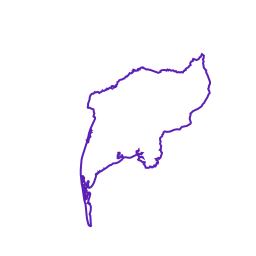 Chame, Panama (orthographic projection), rotated 124°
{"feature_id": "35544464B5601098588879", "entity_name": "Chame", "entity_type": "district", "adm_level": 2, "iso_a3": "PAN", "parent_name": "Panama", "parent_adm1": "", "projection": "orthographic", "projection_center": [-79.873, 8.613], "detail": "fine", "context": "isolated", "style": "outline", "palette": "violet", "viewbox_px": 256, "rotation_deg": 124, "n_neighbors": 0, "source": "geoboundaries", "source_scale": "gbopen_adm2", "svg_char_len": 5941}
<svg xmlns="http://www.w3.org/2000/svg" viewBox="0 0 256 256"><g transform="rotate(124 128 128)"><path d="M25.4,108.0L28.4,107.5L29.3,108.1L31.0,107.9L32.5,108.6L33.3,109.2L34.2,112.6L34.6,112.6L35.3,111.8L35.7,111.7L36.5,111.8L36.7,112.3L37.4,112.7L39.5,112.7L40.5,111.8L40.7,111.3L42.9,112.0L43.7,111.8L46.3,113.1L47.1,113.1L47.7,112.6L48.5,113.4L49.4,113.3L49.7,113.6L50.7,113.8L51.3,113.6L51.8,115.1L52.9,115.9L53.4,117.5L54.0,117.8L54.5,118.7L54.5,119.4L54.0,120.1L55.1,121.3L54.9,122.8L56.4,124.3L56.4,126.1L56.9,126.6L57.7,126.8L57.4,127.4L57.5,128.1L59.0,128.3L59.1,129.4L60.1,131.1L61.6,132.6L62.7,133.0L63.3,132.4L65.3,133.7L67.5,142.4L67.9,142.9L68.3,144.5L69.2,145.4L69.4,147.6L69.6,147.8L69.4,149.5L70.0,149.6L70.5,150.9L71.3,151.0L72.0,151.4L72.6,151.1L72.7,151.5L73.6,151.6L73.7,151.9L73.1,152.3L73.4,152.7L74.3,152.6L74.9,152.1L76.5,153.9L76.5,154.3L76.2,154.8L76.6,156.0L77.5,155.4L77.8,156.0L78.2,156.1L78.6,155.2L79.7,155.3L81.1,156.1L81.6,157.3L84.4,157.2L85.0,157.8L85.9,157.6L86.8,158.7L87.6,158.5L89.2,158.9L89.9,159.6L90.8,159.8L91.5,160.6L93.1,161.8L94.8,161.9L95.7,162.4L97.7,161.5L98.5,161.5L99.0,161.9L100.0,162.0L100.1,161.1L101.1,161.3L101.9,162.2L102.5,162.4L101.5,162.8L101.9,163.3L101.6,164.0L102.4,164.9L103.6,164.7L104.3,164.1L104.5,165.1L105.0,165.7L106.8,166.2L107.2,167.6L107.6,167.6L108.1,167.1L108.9,167.8L110.4,168.4L111.2,169.6L111.2,170.1L111.9,170.0L113.2,170.4L114.2,171.2L115.1,171.4L114.9,173.2L116.7,174.8L116.7,175.6L118.8,175.8L119.1,176.4L119.9,177.1L122.0,177.4L124.3,176.7L125.8,175.8L130.5,174.6L131.4,173.8L133.5,172.9L133.6,172.3L132.6,171.0L132.5,169.3L131.9,167.5L132.0,166.8L134.2,165.0L134.6,164.1L137.6,163.2L137.9,162.8L137.6,161.4L138.6,160.5L149.4,158.7L154.4,157.3L157.2,156.1L161.2,155.0L161.6,153.9L161.0,154.5L158.8,155.2L156.9,155.3L154.0,157.0L152.1,157.2L151.0,157.7L150.7,157.6L150.7,157.2L151.0,157.5L151.8,157.2L150.7,157.0L150.8,156.9L152.9,156.9L153.3,156.7L153.0,156.2L153.6,156.4L154.5,156.3L156.2,154.3L158.9,154.7L159.5,153.9L160.8,153.9L161.4,153.2L161.9,153.0L162.5,153.2L162.6,153.6L161.8,154.0L161.8,154.8L162.5,154.2L177.0,150.0L180.4,148.7L188.6,144.1L192.7,141.4L200.5,134.9L201.9,133.3L212.2,123.9L215.4,120.2L225.9,111.5L230.0,107.0L230.5,106.1L230.6,105.3L230.2,104.0L229.6,104.0L228.6,105.2L227.9,105.5L223.3,109.0L221.5,110.5L221.0,111.6L217.6,112.6L214.2,114.6L213.1,116.0L212.6,117.0L212.8,117.9L212.7,119.3L212.9,119.5L213.5,119.4L213.2,119.6L212.6,119.4L212.6,118.0L212.0,117.8L212.0,118.6L211.5,119.6L211.1,119.9L206.3,121.4L204.1,122.3L203.1,123.5L203.1,124.1L203.4,124.4L203.9,124.2L204.6,123.4L204.5,123.1L206.6,124.2L208.0,123.2L209.9,122.6L211.2,123.3L211.2,124.1L208.9,126.1L208.2,127.1L206.6,128.1L206.5,128.7L206.2,128.7L206.1,128.2L205.9,128.2L205.3,129.9L202.8,131.2L201.8,132.3L201.1,133.9L200.0,134.6L198.9,135.9L198.4,136.0L197.7,135.0L197.1,136.8L194.8,137.3L194.2,138.9L193.6,139.2L193.1,138.4L193.7,136.7L194.4,136.1L196.0,135.5L197.1,133.7L198.3,132.3L198.3,131.5L198.7,130.3L198.5,130.0L197.2,130.2L196.2,131.2L195.4,131.2L195.1,130.6L194.6,130.8L194.3,131.2L194.2,131.1L194.8,130.3L195.3,130.2L196.0,130.5L196.7,129.7L197.6,129.3L198.6,128.0L199.5,127.6L199.4,126.8L198.0,125.7L195.2,125.4L191.9,125.8L186.2,127.4L185.2,128.2L185.2,128.8L184.9,128.1L184.3,128.0L184.2,128.8L183.8,128.8L182.6,127.7L182.1,128.0L181.1,127.2L180.9,127.5L180.8,127.1L180.0,126.8L179.6,127.0L179.6,126.7L178.1,125.7L177.1,125.6L175.6,124.7L175.0,125.0L174.9,124.6L174.1,124.0L170.5,122.8L168.9,122.2L167.9,121.2L165.8,120.6L163.6,118.0L161.7,116.8L158.2,115.5L155.5,115.2L155.2,115.3L155.1,115.8L155.6,117.5L158.4,118.9L158.8,120.8L158.4,119.9L156.2,121.4L154.4,120.4L153.4,121.0L153.5,121.5L154.1,122.1L153.9,122.4L153.4,122.4L153.8,122.2L153.2,121.1L154.1,120.3L154.9,120.2L155.7,121.0L156.3,121.1L158.4,119.4L157.8,118.9L155.5,118.0L155.0,117.3L153.8,117.7L153.2,117.2L154.2,117.5L154.8,117.1L154.8,114.9L153.6,113.7L152.6,111.4L151.6,109.7L150.6,108.9L147.4,107.1L147.1,107.0L147.1,107.4L146.9,106.8L145.7,106.2L144.4,106.4L142.7,107.9L142.0,107.7L141.2,106.7L140.3,106.8L140.7,106.4L141.4,106.4L142.0,107.4L142.5,107.6L143.4,106.0L144.7,105.3L141.7,102.8L141.0,102.9L140.7,102.2L141.9,102.5L142.1,101.3L142.3,102.8L145.0,104.7L145.3,103.4L145.9,102.6L144.0,100.1L143.9,99.7L144.2,99.2L144.2,100.1L146.2,102.2L147.6,102.0L147.3,101.3L148.0,101.9L148.3,101.9L148.2,101.6L148.6,101.5L148.6,101.1L147.9,98.6L148.3,96.8L147.6,96.2L146.6,94.3L147.3,94.8L149.1,94.7L149.0,94.1L149.6,93.4L149.7,92.9L150.3,91.8L151.0,91.3L150.4,89.8L148.7,88.0L147.6,88.2L147.0,86.7L147.3,86.3L147.2,85.9L145.3,85.0L144.9,85.3L144.3,85.3L144.3,84.8L145.1,84.5L144.6,83.8L143.6,83.8L141.0,84.7L140.3,84.4L140.5,83.6L140.0,83.7L139.5,84.0L138.6,86.0L138.7,86.6L138.1,87.0L138.0,87.5L137.3,86.8L135.6,85.9L135.5,85.2L136.1,84.9L135.2,84.6L133.7,84.6L132.5,85.1L130.5,85.5L129.4,86.1L129.4,87.0L128.3,88.3L128.4,89.3L126.9,89.0L126.3,89.7L124.5,90.3L123.7,91.8L122.9,92.7L120.8,93.5L120.2,94.5L119.0,95.4L118.0,95.8L116.0,95.1L114.9,95.3L114.4,95.8L112.9,95.5L112.3,95.9L111.3,96.1L110.3,95.6L109.4,93.5L107.6,91.3L103.4,88.5L101.7,86.7L100.3,84.3L97.0,84.0L93.3,80.3L89.6,78.6L88.5,78.8L85.7,82.2L81.8,83.6L81.2,84.3L77.6,83.5L72.8,80.6L68.8,79.1L66.8,79.4L64.2,78.9L63.6,79.1L57.9,79.4L55.0,80.0L53.5,79.8L52.5,80.6L50.7,83.4L49.4,83.6L47.7,84.5L45.6,84.7L43.9,85.8L40.0,91.2L38.0,94.5L36.5,95.4L36.6,96.0L36.3,96.3L36.0,97.8L35.3,99.3L34.1,100.1L32.3,102.1L30.8,102.3L29.1,104.4L28.3,104.2L25.6,105.5L25.4,108.0ZM209.5,124.8L210.5,123.1L209.8,122.9L208.1,123.3L207.7,124.0L206.5,124.5L204.9,123.8L204.6,124.2L204.2,126.2L204.4,126.8L203.0,127.2L202.3,128.5L201.4,129.0L200.3,129.2L199.5,129.0L198.6,129.7L198.9,130.9L198.4,132.0L198.7,132.5L200.0,132.7L200.5,132.5L201.0,131.9L201.0,131.2L201.5,130.5L203.9,127.9L204.1,128.1L203.9,129.0L205.0,127.8L205.0,127.1L205.5,126.8L206.8,126.8L207.8,125.7L209.5,124.8Z" fill="none" stroke="#5b21b6" stroke-width="2"/></g></svg>